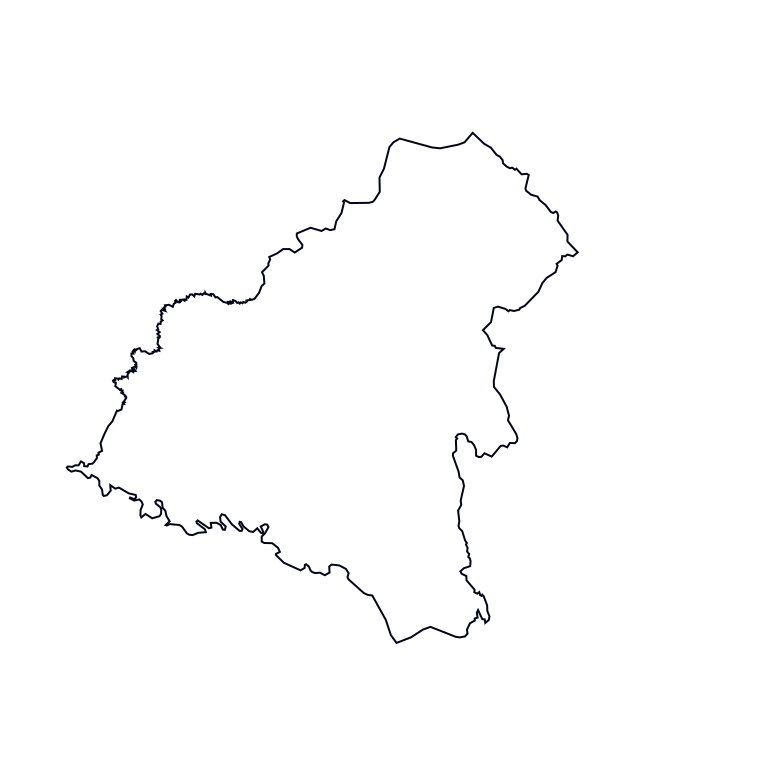 outline of Khian Sa, Surat Thani, Thailand, rotated 126°
{"feature_id": "78962969B19485368092411", "entity_name": "Khian Sa", "entity_type": "district", "adm_level": 2, "iso_a3": "THA", "parent_name": "Thailand", "parent_adm1": "Surat Thani", "projection": "equal_earth", "projection_center": [99.16, 8.76], "detail": "fine", "context": "isolated", "style": "outline", "palette": "ink", "viewbox_px": 768, "rotation_deg": 126, "n_neighbors": 0, "source": "geoboundaries", "source_scale": "gbopen_adm2", "svg_char_len": 6154}
<svg xmlns="http://www.w3.org/2000/svg" viewBox="0 0 768 768"><g transform="rotate(126 384 384)"><path d="M517.8,161.6L513.3,160.5L510.0,162.1L506.9,167.0L502.5,170.4L497.0,178.8L496.7,180.7L498.1,180.5L498.3,182.0L496.4,184.6L498.7,185.2L499.4,188.5L497.2,189.8L494.3,201.9L491.0,204.5L491.9,209.6L490.7,212.1L486.1,211.1L480.7,207.2L476.5,209.8L474.7,211.9L474.3,214.2L471.5,215.1L470.7,218.3L467.5,220.0L465.6,223.4L463.9,223.5L463.0,226.3L457.0,234.3L456.5,238.2L454.9,240.4L450.9,242.3L442.9,249.6L436.3,250.5L433.3,253.4L419.4,259.4L415.7,263.6L415.1,268.0L411.1,272.1L401.6,286.0L399.5,287.4L395.4,286.4L387.1,292.9L385.1,292.7L384.8,294.7L381.4,294.6L378.3,291.8L377.2,288.9L377.8,286.3L380.9,282.1L379.5,279.1L380.5,275.3L383.2,270.8L387.9,267.3L387.4,264.4L385.6,262.4L381.0,262.0L379.4,254.2L365.5,253.2L363.7,251.3L362.8,247.1L357.7,247.5L354.9,243.3L352.0,242.9L349.5,244.1L346.8,247.5L340.4,262.5L336.3,264.1L330.3,271.4L324.3,283.8L321.7,293.4L316.9,297.0L291.3,309.1L285.2,307.8L289.1,314.8L288.0,316.8L289.3,319.1L283.7,329.2L282.3,335.6L271.0,333.8L257.9,339.9L254.4,337.2L251.9,330.0L252.0,326.1L250.3,325.7L248.5,321.7L244.3,318.2L242.7,318.6L238.0,316.1L218.7,313.3L209.2,315.2L202.7,314.8L192.7,311.0L186.4,313.0L185.3,315.0L179.4,313.1L175.7,315.0L174.2,312.4L171.5,311.7L169.5,306.1L163.6,304.7L160.9,319.4L155.4,323.2L149.8,339.6L145.4,342.0L143.4,344.9L143.5,346.5L146.3,347.7L146.7,350.3L144.2,358.7L143.8,366.2L142.1,369.9L144.4,376.2L144.1,382.6L142.7,384.5L129.8,389.8L130.0,392.0L133.5,395.9L132.0,403.4L133.7,404.0L133.6,407.4L135.4,408.9L136.0,412.6L135.5,417.4L133.1,419.7L132.0,423.8L132.5,427.4L130.0,436.5L130.8,444.1L128.7,459.9L141.1,460.9L146.6,464.5L160.3,477.1L164.4,484.2L176.2,515.5L182.7,518.4L189.0,518.9L209.9,510.6L219.6,509.0L231.0,500.4L240.4,499.8L243.1,500.1L246.3,502.7L257.5,517.7L258.4,524.1L260.3,524.5L260.5,523.1L270.7,518.9L280.2,518.3L287.9,515.1L291.1,517.9L292.4,522.5L296.9,524.5L300.8,535.3L313.5,543.0L315.9,541.3L317.4,538.6L319.4,531.8L321.9,530.4L330.1,533.5L330.4,539.8L334.1,544.9L341.3,547.3L348.7,551.5L350.2,549.3L354.4,548.5L356.0,547.0L365.3,548.4L367.1,544.9L373.0,539.8L376.5,540.6L383.7,538.7L391.0,538.8L393.4,540.2L394.0,542.1L394.6,541.6L397.3,544.4L398.1,543.4L399.8,544.0L400.3,546.1L401.8,545.9L402.2,547.9L403.7,548.0L403.4,549.7L404.8,550.4L404.1,553.0L404.9,555.4L406.7,554.0L407.2,556.0L408.0,554.5L409.1,555.1L408.4,557.1L409.1,558.1L409.7,556.5L410.8,556.8L410.5,558.4L412.0,562.2L411.7,570.1L413.0,571.2L411.7,574.8L413.0,577.1L414.2,575.9L415.7,581.2L415.1,582.4L416.3,581.8L416.7,583.2L418.7,583.3L418.8,585.4L419.9,585.7L422.0,589.8L424.6,589.0L424.3,591.9L425.7,593.5L429.0,593.0L429.1,595.0L432.0,593.3L432.8,595.0L433.9,594.3L434.0,596.4L435.3,597.8L436.2,596.9L437.1,597.0L436.7,598.3L438.3,597.6L439.0,599.0L438.3,601.7L439.6,601.9L440.8,600.4L442.6,601.2L445.7,600.2L446.3,604.5L449.0,607.4L449.7,606.2L451.3,606.9L452.1,605.5L452.7,606.6L453.5,604.1L454.6,607.4L456.3,607.5L457.4,604.6L459.1,605.5L459.7,603.9L462.6,602.2L462.7,600.5L464.7,601.3L466.7,600.1L467.8,602.0L470.6,601.5L472.5,598.8L473.8,599.4L473.9,596.0L476.7,596.8L477.0,593.5L477.9,592.9L478.9,593.1L479.2,595.1L479.8,593.3L484.7,590.8L485.9,587.0L486.9,587.6L486.5,586.2L487.6,587.2L489.2,585.3L489.8,586.8L489.0,587.2L491.3,587.0L491.6,589.4L492.8,588.5L494.1,590.0L495.1,589.2L497.7,591.6L498.0,596.6L500.3,599.3L498.6,602.7L501.7,604.9L502.2,603.6L502.4,605.6L504.1,604.7L503.6,606.4L505.5,606.5L506.7,604.6L507.8,606.2L509.9,604.7L510.5,602.0L512.5,600.0L512.4,596.9L513.6,595.9L514.5,596.6L515.1,594.5L516.4,593.9L515.8,595.5L518.1,596.7L519.6,592.6L520.9,594.0L519.5,594.6L519.7,596.7L521.8,594.4L522.2,597.5L525.1,598.5L524.4,597.0L526.9,597.1L529.2,595.3L528.9,596.5L531.4,598.1L530.8,598.6L531.8,600.3L534.1,599.2L535.0,601.4L536.5,601.5L536.1,602.4L537.4,604.9L539.0,603.6L539.4,604.9L540.6,605.2L541.3,603.9L540.9,601.4L543.7,600.1L543.9,594.8L542.9,593.8L543.9,593.5L543.0,591.7L545.3,591.4L544.4,590.1L545.4,589.9L545.4,586.8L546.4,586.2L545.8,585.2L546.8,584.3L551.0,584.2L551.2,583.1L552.4,584.2L553.0,582.7L553.6,583.8L558.9,581.4L562.4,583.5L562.5,584.4L573.9,581.8L580.0,582.3L588.8,580.8L598.6,578.5L603.8,572.8L607.4,574.6L608.8,573.2L610.6,574.4L612.6,572.7L617.9,572.7L619.9,573.1L622.5,575.9L625.0,575.4L626.7,578.3L624.4,580.0L624.7,583.6L629.3,583.3L631.4,586.1L634.3,587.5L636.5,591.3L638.0,591.6L638.8,589.6L638.6,585.3L635.3,582.8L633.0,577.7L634.2,568.3L632.4,566.6L629.5,567.1L628.6,560.5L629.7,557.4L633.5,554.6L635.1,550.1L639.0,546.4L639.3,544.9L636.9,542.8L631.0,542.4L626.7,546.0L626.6,539.9L623.6,537.5L622.5,526.2L619.7,519.7L621.2,518.0L623.1,518.0L624.2,519.1L625.0,522.6L625.9,522.4L625.1,517.5L621.3,514.2L621.6,511.1L623.3,508.3L629.1,506.8L633.4,503.9L634.6,501.9L629.3,500.6L628.9,492.6L622.9,487.9L620.1,488.0L616.1,490.7L615.2,492.8L614.9,498.2L613.7,499.8L611.4,499.5L610.0,496.3L610.2,494.0L614.2,490.4L615.0,486.5L618.7,482.3L621.1,476.7L626.5,477.7L626.1,476.5L623.3,475.0L618.4,466.8L618.1,463.5L620.7,455.6L620.4,452.9L618.7,450.0L613.5,446.8L608.6,441.0L606.8,443.5L606.6,453.5L605.6,454.9L603.9,454.6L603.6,440.8L601.6,439.2L598.2,442.5L594.7,437.9L594.1,433.2L596.5,428.7L595.5,427.0L592.3,428.3L591.4,435.3L588.0,438.4L584.8,438.7L583.6,435.5L586.9,424.7L587.7,414.5L586.4,412.8L584.5,413.2L582.2,419.0L580.3,419.7L579.8,418.4L581.8,413.8L582.3,406.4L580.6,402.9L575.2,401.7L576.7,396.4L576.3,394.6L574.6,394.8L571.7,399.9L567.6,398.0L566.4,395.8L567.7,393.3L574.9,392.5L579.2,393.3L583.4,390.3L583.0,387.4L578.5,380.9L578.8,373.5L581.0,369.6L585.0,371.5L585.9,370.9L587.5,359.9L583.8,342.0L579.5,340.1L576.8,341.7L575.6,341.1L575.8,337.5L578.1,333.7L578.3,331.4L577.4,328.5L574.3,324.9L573.5,319.5L568.6,317.2L563.9,321.0L560.9,320.3L557.0,313.4L556.0,306.0L557.9,301.4L561.7,300.0L562.9,297.8L565.0,277.3L564.1,273.1L562.0,269.2L573.7,244.0L583.2,230.7L586.1,221.7L573.0,213.2L559.7,208.1L553.2,203.7L546.4,177.5L544.5,173.8L540.6,170.1L536.8,169.7L534.0,172.5L527.1,173.8L522.0,171.5L520.5,172.8L518.0,171.0L514.5,174.4L511.6,175.0L516.5,166.2L515.2,164.2L517.8,161.6Z" fill="none" stroke="#020617" stroke-width="2"/></g></svg>